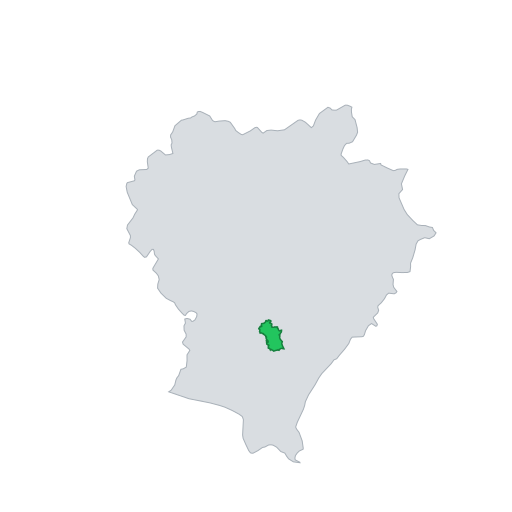 Lyakhavichy, Brest, Belarus shown in context, rotated 298°
{"feature_id": "67162791B80813457147779", "entity_name": "Lyakhavichy", "entity_type": "district", "adm_level": 2, "iso_a3": "BLR", "parent_name": "Belarus", "parent_adm1": "Brest", "projection": "albers", "projection_center": [26.164, 52.904], "detail": "fine", "context": "in_parent", "style": "filled", "palette": "green", "viewbox_px": 512, "rotation_deg": 298, "n_neighbors": 0, "source": "geoboundaries", "source_scale": "gbopen_adm2", "svg_char_len": 7250}
<svg xmlns="http://www.w3.org/2000/svg" viewBox="0 0 512 512"><g transform="rotate(298 256 256)"><path d="M403.8,349.5L396.6,349.7L388.0,350.5L383.5,354.2L378.1,352.9L374.5,355.0L366.6,364.9L363.6,370.1L360.9,378.0L359.3,383.8L360.6,387.7L362.4,391.3L363.0,395.3L364.0,398.4L362.0,400.8L361.0,404.1L357.3,403.8L352.6,400.9L351.4,396.4L347.8,393.4L345.5,391.9L341.7,391.8L335.9,393.6L328.1,395.2L322.3,395.8L319.2,397.5L314.5,399.3L312.6,397.5L309.8,392.5L307.4,387.4L305.8,385.2L304.5,384.6L302.9,384.8L301.2,386.5L299.9,388.3L295.1,390.4L293.0,392.3L290.8,397.1L289.2,396.9L287.5,395.8L285.5,390.6L282.9,389.5L278.7,389.5L273.6,388.6L269.4,387.1L267.9,387.5L265.6,389.8L262.9,390.2L257.0,388.3L255.9,389.3L252.7,395.2L251.1,395.5L250.2,394.8L250.6,389.7L247.2,388.0L241.5,387.8L237.5,388.6L235.5,388.5L234.5,387.5L229.5,379.0L226.9,378.5L222.3,379.0L215.4,378.0L207.5,376.2L203.2,375.5L200.9,373.6L196.1,372.9L183.1,369.3L177.8,368.7L170.0,368.6L158.1,367.6L150.5,368.0L147.0,369.1L142.9,369.8L128.7,370.5L123.6,371.3L122.2,373.1L120.4,376.9L114.4,383.6L108.5,387.9L107.5,388.3L104.2,385.8L101.5,384.9L98.3,384.5L95.9,385.2L94.4,386.3L94.5,391.5L94.1,391.9L91.8,385.6L92.2,380.0L93.7,376.9L95.5,374.0L95.0,369.7L96.9,364.0L97.0,359.9L96.4,358.0L95.1,355.9L91.5,353.5L90.0,351.6L85.1,349.1L80.4,345.9L79.6,344.0L79.9,342.8L80.8,340.9L84.8,335.5L89.0,330.2L91.7,328.2L105.6,321.7L107.8,319.3L108.4,315.3L108.4,307.0L107.9,299.4L107.0,294.2L104.7,284.3L98.5,263.8L95.1,242.7L97.7,244.1L104.0,244.8L109.1,243.5L111.7,243.4L114.0,243.9L120.7,242.9L122.3,244.8L125.2,246.6L131.1,244.3L136.3,241.5L141.6,241.9L142.4,240.5L143.9,233.1L145.5,231.5L151.8,232.3L154.2,231.0L156.7,227.4L160.5,225.2L163.6,225.2L166.9,222.7L168.5,224.4L169.2,227.5L168.1,229.9L168.6,230.9L170.9,232.1L174.7,232.1L177.2,231.1L177.8,229.7L177.8,227.2L177.2,224.8L175.6,222.8L172.5,221.7L170.4,221.6L170.0,220.3L170.8,217.5L172.7,212.4L175.1,207.8L176.5,206.1L176.7,204.4L176.5,201.6L176.5,196.6L178.6,189.5L181.4,184.2L185.1,182.5L189.7,181.6L192.6,179.1L194.0,176.2L195.2,171.6L196.7,170.7L207.6,171.2L209.2,166.7L210.1,165.4L212.2,164.0L213.7,162.4L213.1,161.1L210.3,160.4L203.8,159.7L202.5,158.2L202.9,156.4L204.6,151.7L206.2,145.6L207.0,140.9L207.1,138.2L208.0,137.4L213.3,136.5L215.1,135.5L219.5,129.1L223.0,128.0L231.9,129.5L236.0,129.3L241.2,129.7L241.6,129.0L243.3,122.7L251.8,112.4L256.4,108.7L259.3,107.9L260.4,108.0L265.2,113.2L266.3,113.4L269.4,111.1L274.8,110.7L277.3,112.5L281.1,118.9L283.0,119.6L288.2,115.8L291.0,114.5L292.9,114.4L303.1,119.1L303.9,120.6L304.0,122.6L302.7,128.6L305.0,132.1L307.5,134.5L312.4,130.2L314.3,128.9L316.3,128.8L319.0,127.1L320.9,124.7L322.8,123.8L326.4,124.2L333.0,123.3L340.9,126.4L341.7,127.5L345.8,131.5L347.2,133.5L348.6,134.1L350.8,136.0L353.6,137.1L355.5,136.6L356.4,137.2L357.4,138.8L357.7,141.5L357.9,149.4L355.4,153.7L355.1,155.1L355.3,156.8L357.8,160.1L361.0,165.2L361.9,168.2L362.0,170.5L358.5,177.5L357.3,179.1L356.7,182.5L356.4,185.9L356.8,187.3L363.7,192.2L368.8,194.8L370.0,196.2L370.1,197.0L367.9,203.0L367.8,204.6L371.9,206.7L374.3,210.3L376.7,216.3L380.8,221.9L395.5,229.4L396.8,230.9L397.4,232.7L397.3,236.8L395.3,244.6L397.8,245.6L404.0,244.8L411.6,245.1L421.1,249.7L421.4,252.2L420.6,254.4L421.5,256.7L422.6,258.6L431.1,264.0L432.0,265.7L432.4,268.6L432.4,270.8L430.2,271.4L427.9,272.7L424.1,275.6L422.9,279.4L416.8,285.0L413.0,287.6L409.8,288.0L402.2,287.6L399.3,285.3L398.0,283.1L395.0,282.3L391.2,282.5L385.9,283.3L384.8,284.0L384.1,286.9L382.2,291.9L380.8,294.7L388.3,303.7L392.0,307.4L393.3,309.7L393.4,311.4L391.9,313.5L392.4,317.5L396.2,322.6L395.1,323.6L395.3,330.1L395.8,337.1L396.9,338.7L398.8,340.0L400.5,342.4L403.5,348.0L403.8,349.5Z" fill="#d9dde1" stroke="#a8b0b8" stroke-width="1"/><path d="M202.5,313.4L202.4,313.1L202.2,312.9L201.9,312.8L201.5,312.5L201.1,312.2L200.9,312.0L200.9,311.5L201.1,311.0L201.3,310.6L201.8,310.2L202.1,309.9L202.1,309.4L202.3,308.9L202.8,308.7L203.3,308.5L203.4,308.1L203.3,307.7L203.1,307.5L202.7,307.3L202.5,307.0L202.5,306.6L202.3,305.9L201.6,305.5L201.2,304.7L200.8,304.0L200.6,303.7L200.7,303.2L201.0,303.0L201.3,303.0L201.6,302.8L201.8,302.3L202.0,302.0L202.4,302.0L202.8,302.2L203.0,302.1L203.4,301.9L203.4,301.6L203.5,301.1L203.5,300.8L203.4,300.2L203.2,299.8L203.3,299.4L203.7,299.2L204.0,299.2L204.5,299.5L204.8,299.8L205.1,299.8L205.4,299.8L205.7,299.6L205.8,299.3L205.7,298.5L205.6,298.1L205.5,297.6L205.5,297.2L205.2,296.9L204.9,297.0L204.5,297.0L204.0,296.9L203.7,296.4L203.7,296.0L203.9,295.6L203.6,295.1L203.4,295.1L202.8,295.2L202.3,295.3L201.6,295.2L201.2,295.0L200.6,294.8L200.2,294.3L199.7,293.9L199.4,293.4L198.9,292.7L198.5,292.8L197.9,293.0L197.5,293.3L197.3,293.5L197.0,293.8L196.8,294.0L196.6,294.1L196.4,294.1L196.3,293.9L196.3,293.7L196.2,293.4L196.2,293.2L196.1,292.9L195.9,292.8L195.4,292.7L195.3,292.8L194.9,293.0L194.6,293.0L194.5,292.9L194.2,292.7L193.7,292.5L193.3,292.5L193.0,292.7L192.9,292.9L192.9,293.1L192.9,293.5L192.9,293.8L192.8,294.0L192.7,294.1L192.3,294.2L192.0,294.3L191.6,294.5L191.3,294.6L191.0,294.6L190.8,294.7L190.7,294.9L190.6,295.1L190.6,295.3L190.4,295.4L190.2,295.5L189.9,295.7L189.8,295.9L189.9,296.0L190.2,296.2L190.5,296.2L190.6,296.5L190.6,297.2L190.6,297.8L190.5,298.1L190.6,298.3L190.8,298.5L190.9,298.8L190.9,299.1L190.7,299.2L190.5,299.3L190.4,299.8L190.4,300.2L190.3,300.7L190.3,301.1L190.2,301.3L190.2,301.6L190.2,301.8L189.9,302.1L189.7,302.2L189.4,302.4L189.2,302.6L189.3,302.9L189.5,303.0L189.4,303.2L189.3,303.3L189.2,303.4L189.0,303.5L188.7,303.5L188.2,303.5L187.7,304.0L187.4,304.4L187.4,304.7L187.3,305.0L187.2,305.2L187.0,305.3L186.9,305.3L186.7,305.3L186.6,305.2L186.4,304.8L186.2,304.8L185.9,304.9L185.8,305.1L185.7,305.3L185.8,305.7L186.0,305.8L186.3,306.0L186.6,306.2L186.6,306.6L186.2,306.9L185.8,307.0L185.6,307.1L185.2,307.0L185.0,306.7L185.0,306.4L184.9,306.1L184.7,305.9L184.4,306.0L184.1,306.4L184.0,306.5L183.9,306.6L183.6,306.6L183.4,306.7L183.3,306.9L183.2,307.1L183.2,307.3L183.2,307.5L183.2,307.8L183.3,308.0L183.3,308.3L183.3,308.5L183.4,308.9L183.4,309.0L183.2,309.2L182.9,308.9L182.7,308.9L182.3,309.0L182.1,309.2L181.9,309.4L181.8,309.6L181.4,309.7L181.2,309.7L180.9,309.8L180.7,309.9L180.5,310.0L180.4,310.2L180.5,310.7L180.6,310.9L180.8,311.2L180.7,311.4L180.6,311.7L180.3,312.0L179.8,312.7L180.2,312.7L180.6,313.0L180.6,313.3L180.4,313.6L180.4,314.0L180.6,314.6L180.6,315.1L180.6,315.4L180.5,315.6L180.4,315.8L180.3,316.1L180.4,316.4L180.7,316.6L181.0,316.9L181.5,317.4L181.9,317.8L182.4,318.3L182.8,319.0L183.0,319.2L183.3,319.3L183.5,319.3L183.7,319.5L183.6,319.8L183.5,320.1L183.4,320.3L183.5,320.6L184.3,320.7L185.0,320.8L185.5,321.1L186.0,321.4L186.4,321.9L186.6,322.3L186.7,322.9L186.8,323.3L186.9,323.6L187.2,324.2L187.4,323.9L187.9,323.3L188.4,322.6L188.6,322.2L188.9,321.8L189.7,321.0L190.1,320.5L190.5,320.1L191.0,319.7L191.7,319.6L192.4,319.5L192.8,319.4L193.0,318.6L193.2,318.1L193.4,317.5L193.7,317.0L194.2,316.0L194.8,315.4L195.4,315.0L195.7,314.8L196.1,314.7L196.6,314.7L196.9,314.3L197.0,313.9L197.1,313.5L197.3,313.4L197.6,313.4L197.9,313.7L198.2,313.8L198.3,313.9L198.6,314.0L198.8,313.9L199.1,313.8L199.5,313.8L199.8,313.9L200.1,314.0L201.0,314.0L201.3,313.9L201.7,313.7L202.3,313.5L202.5,313.4Z" fill="#22c55e" stroke="#15803d" stroke-width="1.5"/></g></svg>